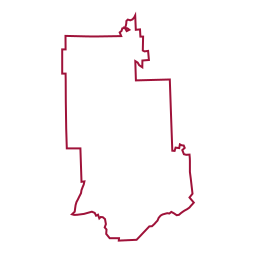 Erechim, Rio Grande do Sul, Brazil (orthographic projection)
{"feature_id": "56859067B6052933451935", "entity_name": "Erechim", "entity_type": "district", "adm_level": 2, "iso_a3": "BRA", "parent_name": "Brazil", "parent_adm1": "Rio Grande do Sul", "projection": "orthographic", "projection_center": [-52.245, -27.633], "detail": "fine", "context": "isolated", "style": "outline", "palette": "rose", "viewbox_px": 256, "rotation_deg": 0, "n_neighbors": 0, "source": "geoboundaries", "source_scale": "gbopen_adm2", "svg_char_len": 1559}
<svg xmlns="http://www.w3.org/2000/svg" viewBox="0 0 256 256"><path d="M124.8,27.8L122.3,28.4L121.5,31.0L119.7,32.4L121.2,36.1L94.7,36.5L86.5,36.4L65.5,35.9L65.6,49.4L62.2,49.4L62.2,62.8L62.2,73.6L65.6,73.6L65.7,80.4L65.8,100.9L66.2,128.6L66.8,148.4L72.2,148.4L80.4,148.4L80.5,151.5L81.5,181.8L84.4,181.4L83.7,184.6L82.8,186.7L81.5,190.1L81.0,193.2L79.2,196.7L77.8,199.6L76.5,202.0L75.6,205.1L75.2,207.9L74.7,211.7L72.0,214.3L74.1,214.9L77.0,214.8L84.0,213.9L91.9,211.7L94.7,212.9L96.1,215.7L98.0,214.7L99.3,218.4L100.7,217.0L102.8,217.2L105.0,219.1L105.9,224.1L104.7,227.4L106.5,229.5L106.2,233.9L109.7,238.2L119.0,238.2L118.8,240.6L136.6,239.8L149.3,226.4L152.0,226.2L154.4,224.0L155.8,222.4L157.5,220.6L158.7,217.8L160.6,215.6L162.5,214.5L165.3,213.7L167.2,213.2L169.4,213.5L171.3,211.9L173.9,213.3L176.7,215.2L179.0,214.8L180.8,213.2L182.7,211.8L184.5,210.6L187.1,209.2L189.4,207.6L190.9,205.8L192.4,204.2L193.8,202.6L189.5,197.5L192.5,193.7L190.8,178.9L189.9,172.0L189.9,164.4L189.9,160.8L189.8,158.1L189.5,154.6L186.2,154.8L183.9,154.2L182.3,150.1L184.7,147.9L183.7,145.5L181.7,145.3L179.9,144.4L179.2,148.1L175.6,147.6L174.6,150.9L172.3,150.7L171.0,114.2L169.8,79.5L147.0,80.1L135.9,80.4L135.7,74.1L135.3,61.1L137.7,62.6L139.2,65.2L142.3,67.3L142.4,60.5L148.9,60.0L148.1,50.9L144.5,51.4L142.8,50.5L143.1,36.6L140.4,36.6L140.0,29.4L135.8,29.8L135.2,15.4L134.2,17.4L132.5,19.4L130.3,20.3L127.8,19.6L126.4,21.0L126.3,23.2L125.8,25.8L124.8,27.8ZM124.8,27.8L127.5,28.4L129.3,29.8L126.7,31.1L124.8,27.8Z" fill="none" stroke="#9f1239" stroke-width="2"/></svg>